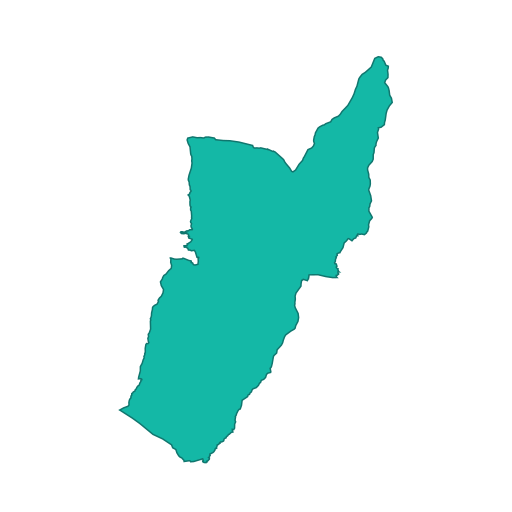 Logresti, Gorj, Romania, rotated 7°
{"feature_id": "2599482B14981850499200", "entity_name": "Logresti", "entity_type": "district", "adm_level": 2, "iso_a3": "ROU", "parent_name": "Romania", "parent_adm1": "Gorj", "projection": "equal_earth", "projection_center": [23.721, 44.889], "detail": "fine", "context": "isolated", "style": "filled", "palette": "teal", "viewbox_px": 512, "rotation_deg": 7, "n_neighbors": 0, "source": "geoboundaries", "source_scale": "gbopen_adm2", "svg_char_len": 6136}
<svg xmlns="http://www.w3.org/2000/svg" viewBox="0 0 512 512"><g transform="rotate(7 256 256)"><path d="M209.7,468.7L214.8,467.3L215.5,467.4L216.2,468.2L219.2,467.6L227.8,463.8L228.7,465.6L228.0,466.0L228.4,466.8L229.7,467.3L231.6,467.2L231.7,466.7L232.5,466.3L232.2,465.8L232.4,465.4L233.1,465.2L234.4,463.4L234.4,462.4L233.5,461.8L234.3,461.1L234.3,459.9L234.8,459.6L234.3,458.3L237.1,456.4L238.0,455.4L238.9,453.6L238.9,452.5L240.3,451.6L239.9,451.0L240.3,450.5L240.6,448.1L241.2,448.0L242.2,447.1L242.4,446.4L243.1,446.2L242.9,445.5L243.7,444.8L244.5,444.8L246.2,443.7L246.5,443.3L246.5,441.8L247.4,440.7L248.4,440.2L248.6,439.0L249.9,437.8L250.4,436.5L251.2,436.2L252.8,434.2L254.5,433.5L253.8,432.2L253.6,430.9L255.0,431.1L255.7,429.5L255.3,425.3L256.0,423.1L255.2,421.6L255.3,418.3L255.0,417.9L255.7,416.5L256.0,414.6L257.1,411.5L258.0,410.2L259.0,409.8L259.8,405.9L259.8,400.9L264.8,396.6L265.0,395.1L265.5,394.5L266.4,394.2L266.7,392.8L268.0,391.4L268.4,389.4L269.2,388.2L272.3,386.6L274.2,384.1L275.0,381.7L275.9,381.1L276.4,378.8L278.7,377.5L280.3,375.4L280.8,372.5L281.4,371.5L282.1,370.8L284.7,369.8L284.8,369.0L283.7,365.7L284.4,365.0L284.8,363.8L285.2,360.6L285.5,354.2L285.8,352.8L288.3,349.8L288.4,346.5L292.1,341.3L293.0,338.9L293.4,336.0L294.2,332.7L295.1,330.7L299.7,326.3L302.8,324.0L303.6,322.9L303.9,320.3L305.6,315.8L305.8,311.9L304.8,307.9L301.2,302.5L300.3,300.2L300.5,298.8L300.2,297.3L300.3,294.1L299.7,291.0L300.2,287.9L304.3,280.4L304.1,278.2L304.3,274.6L305.2,274.2L305.7,273.4L310.0,274.2L310.5,272.6L310.9,272.3L310.8,270.9L311.1,270.3L310.9,269.9L310.9,268.4L311.8,268.1L319.9,267.0L327.8,267.9L334.9,268.1L339.0,267.5L338.5,267.1L338.0,265.5L338.8,265.3L340.2,263.9L340.1,263.5L339.6,263.3L339.3,262.7L339.5,261.7L340.3,261.6L339.2,261.0L339.5,260.3L338.9,259.5L338.9,258.7L338.4,258.8L337.1,257.6L337.1,256.8L337.6,256.3L336.6,254.1L335.3,254.0L334.8,253.1L335.4,251.9L335.3,249.6L335.9,247.8L335.4,247.2L336.6,245.4L336.1,244.1L337.4,243.0L338.9,242.5L339.1,241.6L341.3,237.1L341.9,232.3L343.8,230.1L345.4,227.5L346.2,227.5L349.4,229.2L350.9,226.9L352.8,225.9L353.4,223.7L354.6,223.5L354.0,222.3L354.4,221.7L356.2,221.9L358.2,221.3L361.0,221.6L362.8,219.7L363.0,218.8L363.8,217.8L364.4,213.3L363.9,211.3L364.5,207.2L366.4,204.5L366.7,203.4L362.6,197.8L362.2,194.4L362.8,193.1L362.8,190.4L363.9,187.2L362.5,182.2L359.9,177.0L359.8,175.9L360.6,172.8L360.7,170.5L360.1,166.7L358.4,164.2L357.9,161.0L356.3,157.1L356.0,155.0L356.9,152.2L359.8,148.1L360.5,145.6L360.0,141.0L360.5,139.0L360.3,134.6L360.6,133.4L361.6,131.6L361.4,130.2L361.7,127.9L363.0,124.0L361.5,118.6L362.2,115.1L361.8,113.8L364.4,113.0L367.4,110.0L367.3,107.9L367.7,105.3L367.8,98.6L368.3,95.2L370.1,90.7L372.5,87.0L371.2,82.9L369.1,80.1L368.0,75.7L367.0,73.1L366.2,71.8L362.6,68.3L363.2,65.5L365.2,62.9L364.9,59.6L363.9,55.6L364.3,53.3L364.2,51.5L361.6,50.8L359.5,47.1L358.2,46.0L357.9,45.0L356.2,43.5L353.1,43.3L349.8,45.4L347.4,54.4L342.1,60.4L339.2,62.8L337.2,66.1L336.5,67.7L335.5,75.2L334.4,78.5L333.6,83.0L332.3,87.1L328.8,95.4L323.8,102.1L322.3,105.2L320.7,107.2L316.8,109.4L314.8,111.2L313.8,113.7L309.1,116.2L307.7,117.6L306.4,118.0L303.5,120.0L302.0,121.5L300.0,126.5L299.9,128.5L299.3,130.4L299.1,134.0L299.3,135.2L300.3,137.2L299.6,139.8L298.1,142.0L294.6,144.1L291.8,151.7L291.1,153.0L290.6,155.4L287.6,159.7L284.8,165.9L282.4,168.0L281.0,167.6L278.7,164.6L274.2,160.4L272.7,158.7L272.0,157.4L270.9,156.4L262.4,150.5L260.4,149.8L260.1,150.2L259.7,150.1L254.8,148.6L254.9,148.9L247.5,148.1L246.0,148.6L243.7,148.6L241.1,149.1L239.6,147.8L239.2,146.7L225.3,145.0L216.0,144.8L209.3,145.4L201.8,145.5L200.3,144.0L194.4,143.7L191.2,144.2L190.1,145.1L189.1,145.3L186.7,145.2L183.2,145.8L178.7,145.5L173.9,147.3L173.5,149.2L175.0,152.6L177.2,155.7L178.7,162.4L179.1,163.5L180.1,164.9L180.6,167.5L180.6,169.4L181.2,171.5L181.1,176.7L179.7,183.9L179.4,187.8L179.6,189.0L180.6,190.6L181.2,193.6L182.1,195.1L182.6,198.2L183.4,198.8L183.6,199.7L182.7,201.1L182.6,202.4L181.2,203.7L182.5,204.8L183.9,208.5L183.8,210.1L184.3,213.6L185.1,215.3L185.6,215.4L185.3,216.6L185.5,218.3L186.3,219.4L187.3,224.3L187.3,225.5L187.7,226.3L186.8,229.8L187.1,230.6L188.1,231.7L187.8,234.0L188.1,235.1L189.6,237.1L189.5,237.6L186.9,238.1L185.9,239.2L184.2,239.5L182.3,240.9L181.6,242.1L181.2,242.1L181.1,241.3L180.3,241.3L180.3,240.9L178.6,241.1L178.2,241.7L178.4,241.8L178.5,241.4L179.4,241.6L179.0,242.6L179.4,242.8L181.8,242.7L184.1,241.6L183.9,242.2L185.8,242.5L186.4,243.1L186.6,243.9L186.4,244.5L187.3,244.7L186.8,245.4L187.0,246.3L190.7,247.2L190.7,247.6L189.5,249.9L187.3,251.7L187.2,252.1L186.2,252.3L186.3,254.1L183.3,254.6L183.4,255.2L183.8,256.0L185.0,255.7L187.3,256.6L188.2,258.3L190.2,258.2L191.1,258.7L194.1,257.9L195.3,259.3L197.6,264.5L199.2,264.3L199.4,264.8L198.8,265.2L199.4,268.6L199.4,271.3L196.9,272.3L195.5,272.4L194.7,271.9L193.9,270.6L192.4,270.4L192.5,269.3L192.2,268.8L189.8,268.6L184.4,267.1L183.6,267.1L183.1,267.8L177.6,268.9L175.4,269.0L171.6,268.3L171.2,268.5L171.9,269.3L172.1,272.7L173.4,275.6L173.4,278.6L171.1,281.2L168.9,284.9L166.9,286.6L166.0,288.8L165.8,290.3L164.3,293.3L165.6,296.9L168.3,300.5L168.2,303.9L166.9,307.6L165.4,309.3L164.4,311.3L164.2,312.1L164.7,313.3L163.6,315.9L161.4,317.3L160.0,318.8L159.6,319.8L159.7,321.7L159.3,325.3L159.5,327.9L159.3,329.8L158.8,331.1L159.4,332.4L159.1,333.4L160.3,341.4L159.4,345.5L158.6,346.8L159.2,349.2L158.7,350.8L159.5,353.8L160.2,355.1L159.4,356.2L158.1,356.2L157.5,357.3L157.3,361.1L157.9,365.4L157.4,366.1L157.7,366.9L157.4,368.4L157.0,369.2L157.4,370.8L156.7,372.7L156.1,376.4L154.7,379.9L155.2,384.2L154.3,390.6L154.3,392.3L156.5,391.8L157.4,392.0L157.8,392.7L156.9,393.3L157.0,394.6L156.2,396.2L155.8,398.4L154.7,399.3L153.8,400.8L153.3,402.5L152.4,403.6L152.3,404.8L150.7,406.0L150.3,407.0L149.5,407.6L149.6,409.4L149.0,410.2L149.1,412.1L148.1,413.6L147.8,415.2L147.7,416.9L148.1,419.3L147.7,420.0L147.3,420.7L143.1,422.9L139.5,425.5L152.7,431.8L160.9,436.3L175.5,445.6L185.6,448.9L195.2,453.7L196.7,456.5L200.0,457.8L201.5,461.0L203.7,463.8L205.5,465.1L206.6,465.2L209.5,467.7L209.7,468.7Z" fill="#14b8a6" stroke="#0f766e" stroke-width="1.5"/></g></svg>